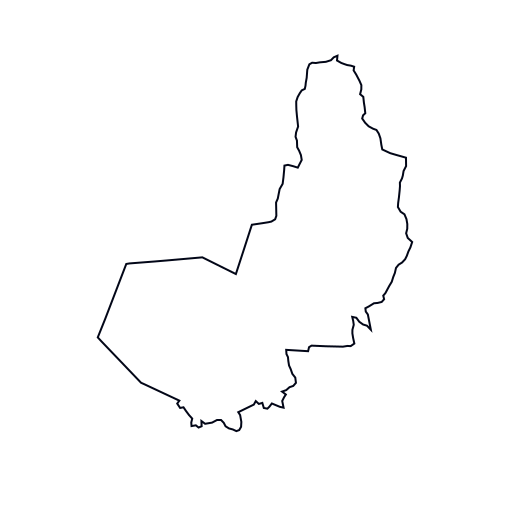 the district of Maranguape, Ceará, Brazil, rotated 334°
{"feature_id": "56859067B57944913032389", "entity_name": "Maranguape", "entity_type": "district", "adm_level": 2, "iso_a3": "BRA", "parent_name": "Brazil", "parent_adm1": "Ceará", "projection": "natural_earth1", "projection_center": [-38.774, -3.988], "detail": "fine", "context": "isolated", "style": "outline", "palette": "ink", "viewbox_px": 512, "rotation_deg": 334, "n_neighbors": 0, "source": "geoboundaries", "source_scale": "gbopen_adm2", "svg_char_len": 2585}
<svg xmlns="http://www.w3.org/2000/svg" viewBox="0 0 512 512"><g transform="rotate(334 256 256)"><path d="M136.7,384.5L143.5,386.5L149.0,386.3L152.7,388.1L153.9,391.8L154.0,395.7L156.1,399.1L159.1,401.7L161.6,404.8L164.6,405.1L167.7,403.0L170.1,398.7L172.0,392.0L171.6,388.6L188.9,388.6L192.2,386.3L193.7,390.2L197.3,390.8L196.4,396.0L199.3,398.2L202.0,397.3L205.6,395.5L208.3,398.6L211.4,402.1L214.3,404.4L216.0,397.8L219.4,395.2L222.1,393.6L220.0,389.3L224.4,389.8L228.6,388.6L232.5,389.1L236.3,387.5L238.0,382.5L237.0,377.9L237.6,372.8L237.7,368.9L239.0,364.6L240.4,360.9L240.4,357.5L242.0,353.6L261.1,364.4L263.7,361.2L266.6,360.9L279.5,367.9L294.4,375.6L298.7,376.9L301.6,378.5L306.0,377.8L307.4,372.1L308.7,367.8L310.3,364.6L313.7,360.7L314.9,357.0L315.8,352.9L319.1,355.5L320.0,360.4L322.2,364.5L325.2,367.3L326.9,372.6L330.9,357.6L330.3,354.1L331.4,350.9L335.2,350.8L341.3,350.2L344.7,351.5L348.8,352.4L352.2,351.0L353.0,347.4L356.0,346.1L362.8,341.2L366.7,338.7L370.2,335.0L373.4,332.1L376.6,328.1L380.4,326.3L384.4,325.9L388.6,324.3L391.6,322.0L395.0,318.7L398.5,316.0L402.5,311.9L400.3,306.3L400.9,301.4L403.9,297.8L406.0,293.6L407.4,288.8L407.7,283.6L405.4,279.6L405.0,274.2L407.0,270.7L410.2,265.9L413.7,260.3L416.0,256.4L417.5,253.1L421.2,250.3L423.2,248.1L425.9,244.3L430.3,241.0L433.9,233.4L430.8,230.6L426.3,226.6L421.7,222.4L416.2,215.6L417.4,211.0L419.4,204.8L420.0,199.8L419.5,195.5L417.0,192.9L414.1,188.8L412.5,184.1L411.7,179.0L413.9,176.5L416.8,175.6L418.9,169.8L420.2,165.5L422.2,160.0L420.5,156.2L423.7,152.4L425.6,148.6L425.8,143.9L425.7,140.5L425.6,136.9L425.1,132.0L427.2,128.9L424.7,126.5L421.6,124.3L419.4,122.1L417.3,119.9L414.5,115.8L417.0,111.7L413.0,111.5L409.2,112.9L403.9,112.1L398.2,109.9L394.4,108.8L391.2,106.9L388.0,107.1L383.8,111.0L379.7,118.0L376.7,122.1L375.1,124.7L373.1,127.2L369.7,127.2L366.7,128.9L363.1,131.4L359.9,134.7L358.2,138.3L356.3,142.5L354.1,148.3L350.6,158.1L346.2,162.5L343.8,166.2L343.4,170.2L340.7,176.3L340.9,180.3L340.6,185.0L339.2,189.7L335.7,192.3L332.3,194.9L328.7,191.5L324.7,188.1L321.2,187.2L319.1,190.9L315.2,197.3L311.6,202.8L306.6,206.2L300.7,214.0L297.5,216.7L291.9,228.8L289.3,231.4L284.9,231.8L282.0,231.1L276.1,229.3L266.0,226.1L247.8,245.0L230.0,263.4L207.2,233.7L199.4,230.7L173.6,220.8L162.0,216.3L139.0,207.2L135.9,206.3L92.8,246.5L78.1,259.8L79.6,264.8L97.1,319.5L99.5,322.4L123.7,352.4L120.5,354.1L121.2,359.3L124.5,360.2L125.1,364.4L126.1,369.7L127.4,374.2L124.8,377.3L123.5,380.6L127.7,381.8L129.2,385.0L132.5,385.2L134.6,380.4L136.7,384.5Z" fill="none" stroke="#020617" stroke-width="2"/></g></svg>